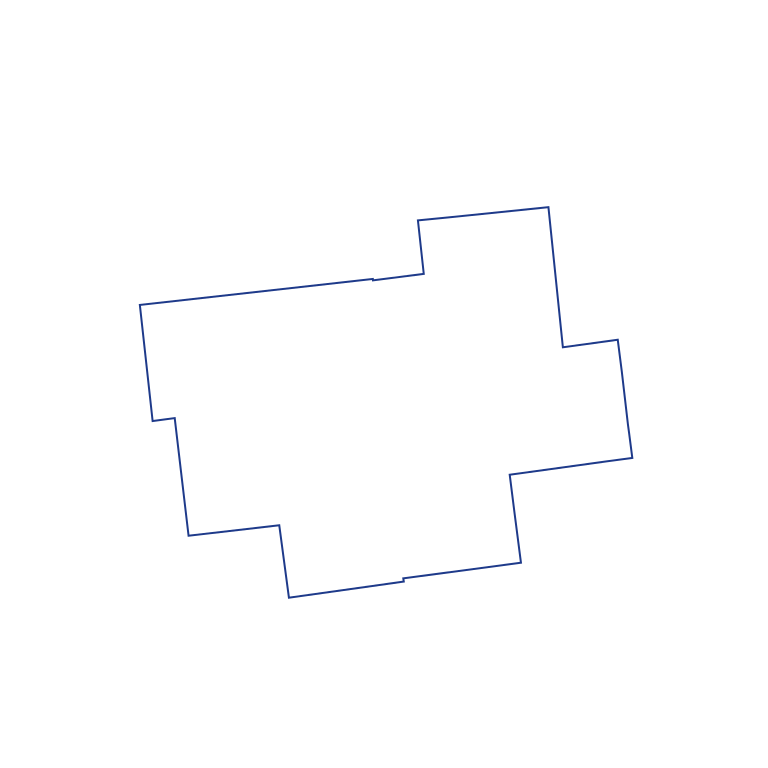 outline of General Viamonte, Buenos Aires, Argentina, rotated 39°
{"feature_id": "61730980B83170090610127", "entity_name": "General Viamonte", "entity_type": "district", "adm_level": 2, "iso_a3": "ARG", "parent_name": "Argentina", "parent_adm1": "Buenos Aires", "projection": "albers", "projection_center": [-60.986, -34.978], "detail": "fine", "context": "isolated", "style": "outline", "palette": "blue", "viewbox_px": 768, "rotation_deg": 39, "n_neighbors": 0, "source": "geoboundaries", "source_scale": "gbopen_adm2", "svg_char_len": 465}
<svg xmlns="http://www.w3.org/2000/svg" viewBox="0 0 768 768"><g transform="rotate(39 384 384)"><path d="M523.7,525.1L521.3,522.9L602.9,436.7L566.3,401.8L538.8,375.4L605.9,303.8L623.5,285.2L605.9,268.4L599.0,261.9L561.0,224.7L537.8,202.5L499.9,242.9L400.5,143.1L328.7,214.5L307.4,235.5L345.6,273.4L310.2,310.4L309.2,309.4L144.5,476.2L227.5,558.4L242.8,542.2L327.6,624.9L391.5,559.7L444.6,609.9L523.7,525.1Z" fill="none" stroke="#1e3a8a" stroke-width="2"/></g></svg>